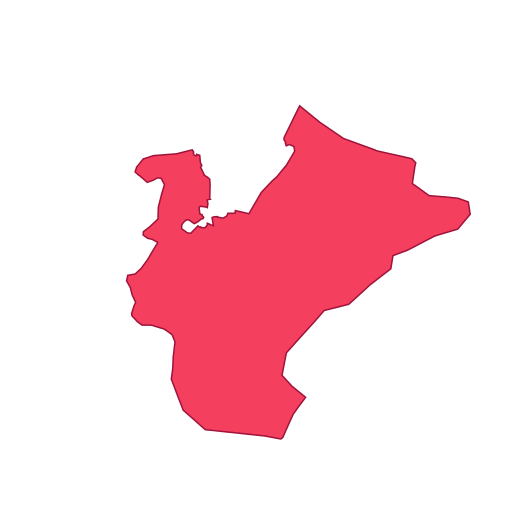 the district of Sanhan wa Bani Bahlul, Sana'a, Yemen, rotated 36°
{"feature_id": "15242507B89205574884990", "entity_name": "Sanhan wa Bani Bahlul", "entity_type": "district", "adm_level": 2, "iso_a3": "YEM", "parent_name": "Yemen", "parent_adm1": "Sana'a", "projection": "mercator", "projection_center": [44.289, 15.226], "detail": "fine", "context": "isolated", "style": "filled", "palette": "rose", "viewbox_px": 512, "rotation_deg": 36, "n_neighbors": 0, "source": "geoboundaries", "source_scale": "gbopen_adm2", "svg_char_len": 4386}
<svg xmlns="http://www.w3.org/2000/svg" viewBox="0 0 512 512"><g transform="rotate(36 256 256)"><path d="M383.5,145.5L388.7,135.1L391.0,131.9L394.6,127.2L403.4,115.7L403.5,114.6L404.2,104.3L404.8,96.4L396.1,87.6L395.9,87.5L395.2,87.7L385.6,90.5L379.5,94.0L375.3,96.4L366.5,101.8L360.9,105.2L360.5,105.4L360.3,105.4L357.1,105.4L353.6,105.4L351.6,105.4L345.1,105.4L339.9,105.5L335.5,97.1L334.9,95.9L333.0,92.2L332.9,92.3L331.5,89.2L330.7,87.2L330.5,86.7L324.9,85.7L316.3,89.3L308.1,92.9L301.4,95.8L297.0,97.7L293.9,99.0L291.4,100.1L289.7,100.3L271.7,105.5L257.6,109.5L229.3,110.3L228.8,110.3L221.5,109.9L217.8,109.7L205.9,109.0L203.0,108.8L205.0,120.3L206.1,126.4L208.1,138.0L209.1,143.6L209.8,144.9L210.7,145.7L212.8,146.4L213.2,146.6L213.4,147.4L215.7,149.1L217.4,146.3L218.9,145.9L219.4,145.7L222.4,145.2L224.3,147.1L225.7,148.5L226.5,157.0L227.3,165.9L227.3,166.4L227.1,166.4L226.7,172.4L226.6,174.4L226.3,179.6L224.9,186.0L222.9,201.5L225.4,226.0L223.8,226.6L215.4,230.2L212.6,231.4L213.9,233.7L211.7,235.3L209.6,236.9L209.5,237.0L208.3,237.8L208.1,238.0L208.6,239.8L208.7,240.2L208.8,240.7L208.5,241.4L208.4,241.8L208.3,242.0L207.9,243.0L207.7,243.4L207.3,244.6L206.7,244.9L204.6,245.9L201.9,247.2L201.7,246.8L200.1,248.0L199.7,248.3L199.5,248.5L198.9,249.1L198.7,249.4L198.3,250.0L198.2,250.1L197.8,250.7L199.7,252.6L200.2,253.1L200.7,253.6L203.7,256.5L202.3,256.8L201.3,257.4L198.7,257.7L197.3,258.1L197.2,258.2L198.3,259.0L198.3,261.3L198.3,262.0L198.3,262.6L198.0,263.1L196.7,264.1L195.6,264.8L194.5,265.0L194.1,265.0L194.0,265.8L191.3,265.7L191.3,265.9L191.1,267.4L190.4,272.1L189.9,275.9L187.0,277.6L183.5,277.6L180.1,277.6L179.2,276.8L177.7,274.6L177.6,273.0L177.6,271.6L178.2,268.2L179.8,266.7L180.2,266.2L186.2,266.2L186.4,266.2L187.2,266.0L188.3,263.7L189.0,262.0L189.5,260.2L189.8,258.6L191.2,256.8L191.0,256.5L191.0,255.5L190.5,255.2L189.8,255.2L188.6,254.8L188.5,254.5L188.1,254.3L188.0,254.5L187.4,254.5L186.6,254.7L185.9,255.0L183.5,252.4L181.6,250.4L181.6,249.2L181.6,248.6L183.5,247.5L183.8,247.4L185.4,246.5L186.1,246.1L187.0,245.8L188.2,245.5L187.3,243.8L186.5,242.3L186.5,242.2L186.1,241.7L185.6,241.2L184.8,240.5L184.8,240.4L184.2,240.0L183.5,239.4L185.2,237.3L185.6,237.0L184.9,236.8L183.6,234.9L176.8,225.1L175.4,223.4L173.3,221.0L170.1,220.8L168.3,220.9L166.3,221.0L166.0,220.5L158.8,216.6L159.0,215.2L159.0,214.7L156.0,213.0L154.0,210.7L151.3,207.6L151.0,207.7L150.9,207.7L150.4,207.8L149.8,208.2L149.6,208.2L149.5,208.4L149.3,208.7L148.5,208.5L148.3,208.5L148.6,210.3L147.7,210.6L147.2,210.7L146.8,210.8L146.0,210.4L145.2,209.7L144.6,209.3L144.5,208.6L144.1,208.5L144.0,208.4L143.6,208.4L143.1,207.9L142.4,207.8L142.0,207.6L131.5,220.2L123.8,226.7L123.0,227.4L120.8,229.3L114.1,235.0L107.7,243.8L107.2,254.1L108.7,259.0L113.5,259.6L113.7,259.4L115.1,259.5L121.5,260.0L122.9,260.2L124.7,260.3L124.8,260.3L128.1,255.4L130.5,250.5L133.0,249.3L133.7,248.9L140.0,252.1L142.1,258.0L143.3,261.5L143.5,261.9L147.5,272.0L148.4,274.1L155.0,283.7L154.9,283.9L153.2,293.0L152.9,294.6L150.6,302.5L151.4,303.9L152.4,305.4L157.9,305.4L162.3,303.5L163.7,303.4L168.3,302.8L168.7,303.3L168.7,303.6L169.7,315.6L170.1,319.1L170.3,322.0L170.4,322.8L170.4,333.4L170.4,333.5L168.8,341.6L163.6,347.0L165.9,352.2L171.8,354.9L172.9,355.4L178.6,360.2L184.9,363.7L185.9,364.3L186.7,368.3L189.2,375.7L190.8,377.3L196.3,378.4L198.9,378.9L204.5,378.9L207.8,376.4L208.6,375.8L212.0,373.5L212.6,373.2L218.8,371.1L224.5,369.1L227.0,369.0L234.4,369.0L235.7,369.8L237.3,370.8L240.9,373.1L242.4,375.6L243.0,376.8L246.5,382.9L248.2,386.1L251.2,390.6L254.7,395.8L259.9,405.5L260.8,406.0L270.3,412.2L271.0,412.7L276.7,416.4L287.3,423.2L287.6,423.5L301.4,424.8L303.2,425.0L308.5,425.5L317.1,426.3L368.8,396.5L378.3,392.0L382.3,390.1L383.7,389.4L383.8,388.9L384.0,388.3L384.2,387.4L384.3,387.0L383.8,384.5L383.2,381.8L382.3,377.7L380.4,368.6L379.5,364.1L379.1,362.1L379.1,359.1L379.1,358.6L379.0,353.2L379.2,341.9L379.2,341.2L378.3,341.1L368.7,340.6L361.7,340.2L359.3,339.7L354.7,338.8L349.1,337.6L347.2,337.3L340.0,321.9L337.5,316.4L338.7,304.9L338.9,302.6L341.9,274.9L342.3,270.6L343.2,260.0L358.9,241.2L359.4,240.6L360.0,237.9L360.9,233.6L364.1,218.0L365.2,212.4L365.8,210.5L368.8,200.0L372.6,187.1L367.9,177.8L367.1,176.2L366.6,175.2L366.8,174.9L367.0,174.6L371.3,168.1L371.4,167.9L373.8,164.4L375.4,161.8L380.8,151.0L383.5,145.5Z" fill="#f43f5e" stroke="#9f1239" stroke-width="1.5"/></g></svg>